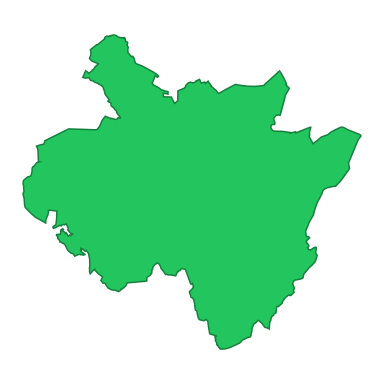 Petrestii De Jos, Cluj, Romania
{"feature_id": "2599482B6120631098136", "entity_name": "Petrestii De Jos", "entity_type": "district", "adm_level": 2, "iso_a3": "ROU", "parent_name": "Romania", "parent_adm1": "Cluj", "projection": "orthographic", "projection_center": [23.62, 46.582], "detail": "fine", "context": "isolated", "style": "filled", "palette": "green", "viewbox_px": 384, "rotation_deg": 0, "n_neighbors": 0, "source": "geoboundaries", "source_scale": "gbopen_adm2", "svg_char_len": 5856}
<svg xmlns="http://www.w3.org/2000/svg" viewBox="0 0 384 384"><path d="M220.3,349.1L225.2,348.9L230.6,347.3L239.5,343.1L240.8,342.1L242.1,340.4L243.5,339.5L247.8,337.5L250.0,337.1L251.0,335.6L251.0,334.2L251.8,331.6L252.2,327.5L252.8,326.9L253.5,324.4L256.0,322.6L257.8,320.5L258.4,320.4L261.6,323.0L264.9,327.3L268.3,328.3L269.2,329.0L269.8,322.1L270.9,320.0L271.2,317.7L272.0,316.5L273.6,315.2L274.0,314.0L276.0,312.8L276.4,308.5L276.9,306.5L278.3,306.6L281.3,304.1L282.2,303.0L282.6,301.5L285.8,297.2L288.6,295.2L290.0,295.1L290.3,295.6L290.8,295.5L294.1,292.4L293.6,290.7L293.7,289.6L294.4,288.5L294.5,287.8L293.5,286.3L292.8,283.8L293.0,282.4L293.5,281.5L294.7,280.2L300.7,279.0L302.6,278.3L303.0,277.8L303.7,274.5L304.8,272.7L306.4,271.1L309.0,267.8L311.7,265.6L314.9,262.0L315.9,259.9L317.1,255.7L317.0,254.8L315.8,253.5L315.7,252.3L316.4,248.1L315.9,247.2L315.3,247.2L313.8,247.8L310.6,249.9L308.4,249.6L308.0,249.0L308.2,248.0L307.9,247.0L308.7,246.2L308.8,245.7L308.3,244.6L306.5,242.5L306.5,241.5L307.0,240.8L306.9,240.2L307.9,239.6L308.5,238.6L309.6,237.8L308.5,236.6L306.7,236.5L306.2,236.2L305.9,233.2L305.7,232.6L305.7,231.0L309.8,221.1L313.2,215.5L315.2,208.2L317.4,202.3L321.9,193.9L322.5,191.6L323.1,190.4L324.9,188.8L327.3,187.7L333.8,186.3L335.6,186.2L340.9,180.7L349.5,168.6L348.5,163.0L358.3,139.5L361.0,136.0L360.4,134.9L359.5,134.4L347.5,129.6L343.6,127.4L341.1,127.1L335.2,129.8L330.7,132.2L328.0,134.6L321.4,137.0L313.1,143.8L309.1,136.4L309.6,135.3L309.6,131.7L310.8,127.4L310.0,127.3L295.8,132.9L295.5,131.8L290.2,133.1L290.4,132.5L281.8,131.3L274.4,131.2L272.4,130.4L271.0,127.8L270.9,126.4L271.1,125.8L271.8,124.9L273.1,124.4L274.3,124.5L274.8,123.9L274.9,122.5L273.8,119.9L273.9,117.8L276.2,115.3L277.9,115.0L280.2,115.2L284.9,97.8L285.4,95.2L289.4,88.3L286.0,85.0L286.6,84.1L284.3,79.1L281.7,74.2L279.6,70.9L264.6,84.5L264.0,85.1L263.9,85.6L254.8,86.4L247.7,86.2L240.1,85.3L235.4,84.4L225.9,89.4L218.8,93.5L217.7,92.6L216.2,90.5L211.0,86.1L211.3,85.6L209.1,82.9L208.1,81.2L205.5,83.4L204.7,82.0L201.2,83.1L199.5,79.4L195.8,81.1L195.9,81.6L193.5,82.9L190.3,82.2L189.4,82.4L188.5,82.7L185.7,85.5L185.4,86.9L184.2,88.2L178.0,90.8L177.8,91.2L178.0,94.0L177.7,97.8L178.1,100.1L177.3,101.2L174.6,103.4L171.2,97.0L163.4,96.8L163.2,93.3L168.0,94.1L168.0,91.6L165.3,91.1L161.0,89.6L159.5,88.3L157.6,87.1L153.9,85.2L152.2,83.3L155.1,76.0L155.9,76.2L157.4,77.3L158.6,76.3L157.7,75.1L153.1,71.9L141.6,65.7L137.1,64.1L135.8,63.3L135.1,62.0L133.9,57.9L132.8,56.3L132.1,56.9L131.0,56.1L127.9,52.6L128.0,51.5L127.8,50.2L128.2,47.3L127.1,44.9L127.6,43.2L127.6,42.3L125.6,41.4L125.2,38.7L125.0,38.4L123.9,38.3L124.2,37.6L121.9,37.8L118.6,37.2L117.5,36.8L116.2,35.5L113.8,34.9L111.0,35.5L110.9,35.9L109.4,35.9L108.4,36.7L107.6,36.2L106.8,36.1L105.0,37.2L104.6,37.9L104.6,38.9L97.8,44.5L96.6,44.8L90.3,49.7L91.0,51.8L90.8,55.0L89.5,58.5L90.5,59.8L92.0,61.1L98.4,63.8L95.1,66.8L93.6,69.3L92.3,70.0L91.9,71.0L90.5,71.9L89.1,73.4L85.7,70.7L82.8,77.4L84.9,78.1L89.0,77.8L90.5,80.3L93.5,81.1L94.0,81.8L95.1,82.4L98.7,83.6L98.6,84.1L100.2,84.7L102.8,86.6L103.4,88.2L103.5,89.0L103.8,89.2L105.2,94.4L109.2,99.8L107.9,101.2L109.1,102.1L110.1,102.5L110.9,103.3L111.1,104.4L111.1,105.8L113.8,107.9L114.8,109.5L116.4,110.9L116.6,112.3L117.9,114.4L120.4,117.5L120.2,118.1L118.2,117.7L116.6,119.3L115.3,119.4L110.8,118.2L110.7,118.6L105.3,116.2L102.2,120.3L99.6,126.2L97.3,129.3L95.9,129.8L68.7,128.9L44.9,140.7L44.0,144.1L40.8,144.7L36.4,146.2L37.5,148.3L38.0,150.8L38.4,161.3L39.8,161.8L36.8,162.6L33.5,166.8L33.2,166.6L32.6,167.2L32.2,168.0L32.0,171.3L31.6,173.5L30.9,175.7L29.3,176.6L28.0,176.7L24.3,179.7L23.3,181.0L23.1,184.2L23.7,185.7L23.6,188.5L23.9,189.5L23.8,190.3L24.1,191.2L23.3,192.8L23.0,194.0L23.8,197.2L24.1,197.8L24.5,204.2L25.2,207.5L30.8,213.2L35.2,217.1L45.7,223.0L45.9,219.5L46.8,217.2L47.9,215.0L48.5,212.3L48.3,210.3L50.3,210.2L57.1,211.2L56.8,212.8L56.6,218.5L56.0,224.0L55.5,224.9L52.8,227.1L53.3,228.1L53.6,228.3L55.5,227.6L59.5,225.5L61.2,225.9L62.0,224.7L63.6,224.6L64.4,224.9L65.6,224.1L66.2,224.0L68.0,227.5L68.2,228.9L67.8,229.9L68.0,230.3L70.6,233.2L72.7,234.0L70.9,235.6L70.0,234.8L68.5,236.2L66.1,232.8L65.6,233.6L64.3,231.9L62.4,231.0L63.5,229.3L62.7,228.7L62.4,228.9L61.1,229.8L60.7,230.4L60.5,234.2L56.6,234.5L56.5,235.6L57.2,235.9L57.4,236.5L57.8,236.5L57.6,237.1L57.7,238.5L59.2,240.0L59.7,241.0L59.9,242.0L60.9,242.0L62.7,243.4L63.5,243.3L65.0,244.9L68.0,250.6L71.0,253.1L73.3,253.9L74.7,256.2L78.1,254.7L79.9,254.3L80.9,254.8L82.0,254.6L83.1,255.2L84.2,254.7L85.6,254.6L84.6,254.2L80.7,251.1L81.5,250.6L81.4,250.2L81.0,250.0L80.8,248.3L81.8,248.7L82.1,249.2L82.6,248.9L85.1,251.3L86.3,250.4L88.5,253.4L89.7,259.6L89.7,264.0L89.9,265.4L89.4,268.1L89.6,269.8L89.5,271.4L90.2,273.8L93.7,269.9L94.8,269.3L95.2,270.5L98.2,273.7L102.5,276.7L102.2,277.8L100.9,280.4L102.8,283.1L104.4,283.1L105.3,283.6L106.2,285.4L108.2,288.1L111.2,289.7L113.4,290.2L114.4,289.9L118.6,291.6L120.9,290.0L121.1,289.8L120.9,289.2L122.4,288.8L125.3,286.4L126.2,285.2L127.1,282.9L146.7,281.1L146.9,277.6L147.4,277.0L149.9,275.6L151.0,274.3L151.1,273.3L151.7,273.1L152.0,270.8L151.8,269.9L152.7,268.8L152.9,267.1L154.9,264.5L156.5,263.6L157.4,262.7L159.6,264.5L161.1,268.5L162.8,270.5L165.6,274.5L166.5,274.3L168.4,275.0L168.6,274.8L171.8,275.1L175.6,275.8L176.0,275.4L176.5,273.8L177.6,271.6L178.4,271.7L179.2,270.6L180.2,270.4L181.4,268.6L185.4,269.3L190.6,283.8L191.1,284.3L192.3,283.4L193.6,286.6L193.0,287.0L193.3,287.8L189.4,291.7L189.7,293.4L190.5,295.0L191.1,297.3L192.5,297.9L193.7,299.6L194.6,303.8L195.3,309.7L195.8,310.3L196.9,310.9L197.4,314.5L198.3,318.0L199.1,319.4L200.1,319.9L203.7,320.7L206.0,319.6L207.8,320.9L208.3,325.6L209.7,333.8L216.2,335.9L216.2,336.4L214.9,337.1L215.9,339.4L215.2,340.1L216.8,343.1L216.6,344.2L216.7,344.7L217.5,344.8L217.9,346.0L220.3,349.1Z" fill="#22c55e" stroke="#15803d" stroke-width="1.5"/></svg>